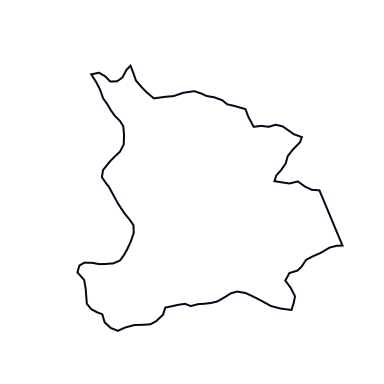 outline of Serrana, São Paulo, Brazil, rotated 255°
{"feature_id": "56859067B60558189940827", "entity_name": "Serrana", "entity_type": "district", "adm_level": 2, "iso_a3": "BRA", "parent_name": "Brazil", "parent_adm1": "São Paulo", "projection": "orthographic", "projection_center": [-47.608, -21.215], "detail": "fine", "context": "isolated", "style": "outline", "palette": "ink", "viewbox_px": 384, "rotation_deg": 255, "n_neighbors": 0, "source": "geoboundaries", "source_scale": "gbopen_adm2", "svg_char_len": 1669}
<svg xmlns="http://www.w3.org/2000/svg" viewBox="0 0 384 384"><g transform="rotate(255 192 192)"><path d="M144.0,60.5L135.0,65.1L125.6,64.2L117.8,62.7L111.3,61.5L105.0,64.3L100.6,68.9L97.1,73.7L88.7,73.9L81.7,78.3L77.1,84.5L78.4,92.4L78.4,102.0L76.2,111.1L75.0,117.7L76.5,123.9L81.0,132.3L87.3,136.3L86.9,142.2L86.6,149.5L85.8,156.3L82.1,161.3L82.1,168.9L80.8,175.3L79.9,181.5L79.7,188.1L82.0,196.6L84.1,203.5L84.1,209.9L80.6,217.5L75.3,223.9L71.0,228.7L61.4,238.8L56.5,247.4L52.3,257.5L58.8,261.7L64.7,264.5L74.0,262.5L82.3,259.2L88.5,265.1L88.8,273.6L91.6,278.6L96.9,284.6L98.6,292.0L99.8,300.1L102.7,310.7L102.6,317.9L101.3,323.5L160.6,315.5L163.1,308.3L167.8,302.7L174.8,297.0L175.0,288.3L178.0,281.4L181.1,274.5L186.1,277.6L190.0,283.6L195.2,289.8L201.9,293.8L206.7,300.1L212.0,309.1L216.6,312.3L221.4,305.4L227.7,300.1L232.0,296.4L235.3,290.2L235.1,283.0L237.9,276.2L239.0,268.5L249.8,265.9L258.2,265.1L264.1,255.3L267.6,248.7L272.8,245.0L277.7,238.0L281.0,230.9L284.7,226.5L288.8,220.3L290.1,209.3L289.4,199.1L290.9,190.6L292.3,179.4L300.5,173.7L306.6,170.3L314.2,166.7L322.6,166.1L329.9,165.3L327.0,160.4L320.6,154.4L318.3,148.2L319.9,141.6L326.1,138.2L331.3,133.0L331.7,125.1L323.0,127.9L314.5,129.7L305.4,130.4L298.8,132.9L291.8,134.8L285.4,137.2L279.3,140.8L273.4,142.6L264.9,141.2L255.7,138.4L249.6,132.9L246.1,126.3L242.8,120.7L236.2,111.7L229.6,108.8L223.3,111.0L218.1,113.2L212.5,114.5L205.9,116.1L200.1,117.5L194.9,119.2L187.8,121.7L181.7,124.5L175.1,126.9L167.5,125.1L160.9,120.7L153.8,114.9L148.8,110.1L144.5,104.8L143.4,97.7L144.9,89.6L146.3,83.9L149.5,77.0L151.6,69.6L150.1,64.2L144.0,60.5Z" fill="none" stroke="#020617" stroke-width="2"/></g></svg>